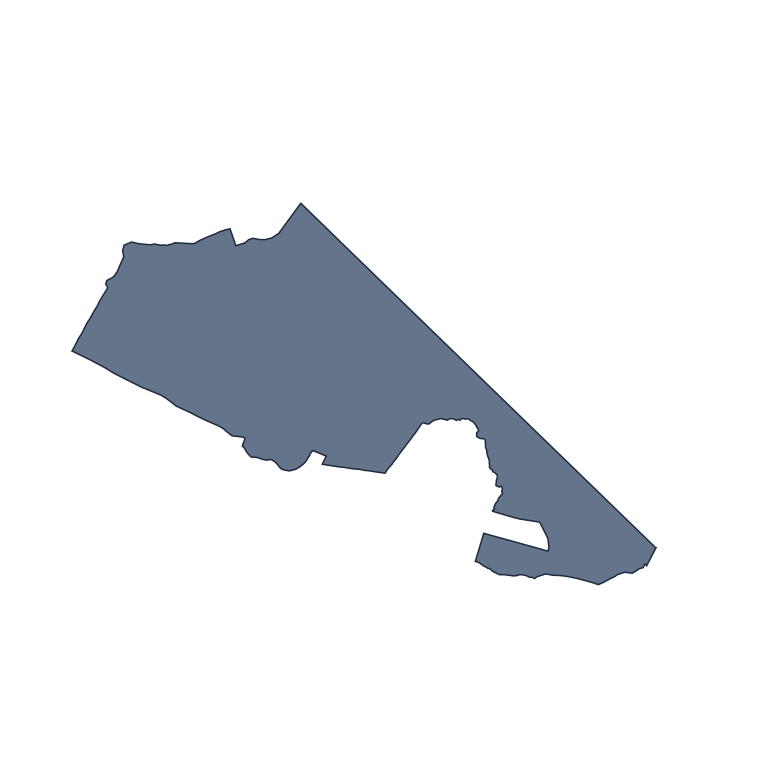 the district of Mazapa de Madero, Chiapas, Mexico, rotated 287°
{"feature_id": "50627088B77163225052710", "entity_name": "Mazapa de Madero", "entity_type": "district", "adm_level": 2, "iso_a3": "MEX", "parent_name": "Mexico", "parent_adm1": "Chiapas", "projection": "robinson", "projection_center": [-92.197, 15.358], "detail": "fine", "context": "isolated", "style": "filled", "palette": "slate", "viewbox_px": 768, "rotation_deg": 287, "n_neighbors": 0, "source": "geoboundaries", "source_scale": "gbopen_adm2", "svg_char_len": 4821}
<svg xmlns="http://www.w3.org/2000/svg" viewBox="0 0 768 768"><g transform="rotate(287 384 384)"><path d="M324.3,76.0L321.3,95.2L318.1,111.8L315.1,123.4L312.8,136.8L309.9,154.2L308.9,165.7L308.2,173.6L306.3,180.8L304.5,185.6L302.2,191.6L301.3,197.8L300.2,206.0L298.4,215.8L297.0,225.1L296.1,233.4L295.5,238.5L294.4,243.3L292.6,247.0L291.6,249.9L291.2,250.8L290.0,254.0L291.1,259.4L291.3,260.8L292.0,264.7L291.4,267.1L288.6,266.9L285.9,266.7L283.4,266.6L281.8,269.4L281.1,270.1L278.9,272.3L278.7,272.6L277.2,275.0L275.6,277.6L275.4,280.0L276.2,281.2L276.6,284.6L276.5,288.7L276.6,290.9L276.9,294.4L278.0,296.2L278.8,298.5L277.9,302.0L275.9,305.8L274.1,308.1L273.2,309.7L272.5,311.8L272.7,314.8L273.1,318.6L274.6,321.3L276.7,324.6L279.2,326.9L280.2,327.7L283.2,329.9L284.7,330.7L286.0,331.5L288.2,332.2L291.3,332.9L293.7,333.8L295.7,333.8L299.5,335.3L298.2,349.9L289.2,348.4L289.7,351.9L289.8,352.9L290.4,357.2L290.9,360.4L291.3,363.5L291.5,364.6L292.1,367.8L292.6,370.3L293.1,373.9L293.7,378.3L293.8,378.7L294.3,381.6L295.2,385.1L295.7,390.3L295.8,391.3L296.0,392.2L296.5,394.3L296.8,396.4L297.5,401.5L298.7,409.3L299.0,410.9L299.0,411.1L301.9,411.9L302.4,412.1L304.2,412.6L304.4,412.6L306.7,413.8L309.3,414.9L309.5,415.1L311.7,415.6L316.5,417.6L319.9,418.6L320.9,418.9L335.0,424.1L341.0,426.3L345.4,427.8L345.5,428.0L353.5,430.5L355.7,431.1L356.7,431.5L358.2,432.4L358.5,432.7L358.3,436.5L358.9,438.6L359.8,439.3L363.6,442.1L367.5,448.3L367.9,453.1L367.8,455.0L370.4,457.6L370.6,458.9L371.0,460.5L370.6,462.2L370.4,463.8L371.0,464.8L372.2,465.8L371.6,467.4L373.2,468.0L374.1,469.6L374.2,471.9L375.0,473.9L375.3,475.8L374.3,477.2L374.1,479.5L372.9,481.9L371.7,483.5L370.2,485.2L369.3,486.0L368.5,486.8L368.0,487.5L367.4,488.0L367.0,488.1L365.9,487.8L364.7,486.8L363.1,487.2L360.8,488.1L360.0,492.0L360.3,492.9L360.5,494.3L360.9,495.4L360.8,496.0L360.3,496.5L359.7,497.3L354.5,499.2L353.2,499.5L351.1,501.3L346.6,503.4L341.5,507.1L340.4,507.7L339.4,507.6L338.7,508.0L337.0,508.8L335.3,509.1L334.5,509.9L334.1,510.6L333.6,511.9L333.5,512.8L331.9,513.6L331.9,514.3L331.8,514.9L331.7,515.9L330.9,517.2L329.9,519.0L328.3,519.6L326.3,519.7L324.6,519.6L323.8,519.8L323.1,520.1L322.3,520.2L319.8,520.6L319.3,522.3L319.1,524.4L320.2,525.1L320.4,526.0L318.5,527.9L317.6,527.9L317.1,527.9L316.0,527.9L314.9,528.5L313.9,529.6L312.1,528.5L308.3,527.0L305.6,526.9L302.5,525.6L297.8,525.1L296.6,526.3L294.9,524.8L294.0,525.1L294.1,533.7L294.2,544.7L294.2,545.5L294.5,552.0L294.6,553.4L296.0,563.4L296.9,569.5L297.4,573.3L284.2,585.9L275.5,589.7L272.0,589.6L272.0,583.2L271.8,574.8L271.5,566.2L271.2,553.1L271.0,546.2L270.7,535.4L270.5,527.4L270.4,523.0L262.7,523.1L240.9,523.2L241.2,525.5L240.7,528.0L240.0,529.8L239.4,531.7L238.9,533.5L238.6,535.8L238.0,537.3L238.3,539.3L236.7,542.3L236.1,545.4L235.5,549.0L235.5,550.8L236.7,554.3L237.3,557.7L237.7,560.1L238.4,564.3L239.6,567.1L241.2,569.3L241.9,571.4L242.3,575.4L242.1,578.0L241.7,579.9L242.5,582.3L241.9,584.9L244.4,586.6L248.9,593.1L249.7,594.4L250.1,598.3L250.5,601.7L251.8,606.3L252.1,607.6L252.7,610.4L253.5,615.0L254.0,619.7L254.6,627.4L254.8,633.4L254.8,634.1L255.0,642.4L254.8,647.5L255.2,648.1L259.9,653.4L264.1,657.4L267.2,660.9L269.9,662.9L270.9,664.3L274.3,669.1L275.6,676.7L278.2,679.2L281.5,681.7L281.7,681.9L282.0,682.2L283.0,683.7L284.2,685.6L286.9,685.8L287.2,685.9L288.2,686.3L288.1,686.5L286.9,688.3L306.9,692.0L306.8,691.8L372.9,562.8L373.0,562.6L451.4,409.6L495.4,323.8L495.6,323.5L495.6,323.4L495.7,323.2L527.1,262.1L527.2,261.9L532.5,251.6L525.5,249.1L516.0,245.8L508.8,243.3L503.8,241.6L502.5,241.1L497.3,239.3L497.0,239.1L493.3,236.0L491.0,234.1L490.1,232.7L488.3,229.8L487.4,228.4L486.7,226.2L485.7,222.6L485.1,217.1L484.9,215.7L482.5,212.4L478.4,209.8L475.5,205.6L472.9,201.8L475.0,200.4L477.4,198.7L480.2,196.6L483.8,194.0L487.4,191.4L485.3,187.7L485.0,187.2L482.8,184.2L481.5,182.3L478.6,179.2L478.2,178.7L474.9,174.6L472.9,172.1L472.1,171.1L470.2,169.0L468.8,167.4L467.5,165.9L464.3,162.9L462.5,161.1L457.9,142.6L456.5,141.2L455.4,139.7L454.5,137.7L453.1,136.1L452.8,134.2L452.5,132.3L451.6,130.7L451.2,127.7L450.8,123.7L449.9,121.8L448.7,119.5L448.3,117.5L447.4,113.2L447.3,112.8L446.3,107.0L446.0,101.1L445.3,100.3L443.6,98.2L443.4,98.0L441.8,96.1L440.9,94.9L440.3,94.9L438.0,95.0L435.1,95.0L433.3,96.0L431.0,97.2L429.5,97.9L426.9,97.6L425.0,97.4L424.7,97.3L422.7,97.1L420.5,96.8L417.7,96.5L415.6,96.3L413.8,96.1L410.9,95.2L407.7,94.2L405.5,92.4L404.0,90.7L403.4,90.0L401.8,88.6L399.3,88.6L398.2,88.7L395.3,91.7L392.1,90.8L388.7,90.1L387.7,89.7L379.6,87.7L374.8,87.0L370.7,85.9L370.4,85.7L368.1,85.2L365.6,84.7L363.5,84.3L360.5,83.7L358.4,83.0L354.9,82.0L353.8,81.8L348.7,81.0L347.3,80.8L344.5,80.3L343.5,80.0L341.1,79.4L337.8,78.5L332.1,77.6L331.2,77.4L327.7,76.7L325.6,76.3L324.3,76.0Z" fill="#64748b" stroke="#1e293b" stroke-width="1.5"/></g></svg>